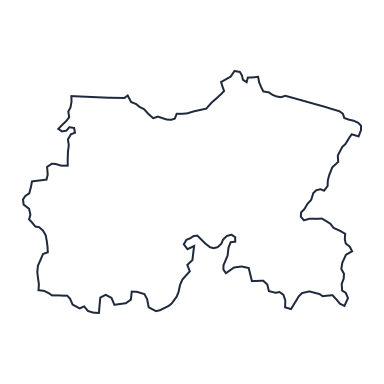 the district of Ribeira, São Paulo, Brazil
{"feature_id": "56859067B1551247382346", "entity_name": "Ribeira", "entity_type": "district", "adm_level": 2, "iso_a3": "BRA", "parent_name": "Brazil", "parent_adm1": "São Paulo", "projection": "robinson", "projection_center": [-49.03, -24.604], "detail": "fine", "context": "isolated", "style": "outline", "palette": "slate", "viewbox_px": 384, "rotation_deg": 0, "n_neighbors": 0, "source": "geoboundaries", "source_scale": "gbopen_adm2", "svg_char_len": 2749}
<svg xmlns="http://www.w3.org/2000/svg" viewBox="0 0 384 384"><path d="M258.1,76.8L252.9,77.4L247.8,77.6L246.6,82.2L242.9,79.7L241.9,75.4L239.9,72.0L234.5,71.0L230.7,76.6L221.1,82.0L222.3,86.1L224.1,91.0L221.0,94.2L217.0,97.9L211.7,102.5L206.3,108.6L194.1,111.3L187.1,113.4L182.2,113.8L176.7,113.8L174.8,118.6L171.2,119.8L166.5,119.5L158.0,116.6L153.2,118.2L148.1,113.7L144.2,109.3L139.4,106.8L136.2,104.1L131.1,102.0L127.7,95.5L124.4,98.0L107.6,97.7L71.4,96.1L71.5,102.0L70.4,107.7L68.3,111.6L69.2,117.2L66.4,120.9L62.8,124.3L58.3,128.9L62.0,131.4L66.3,130.7L69.4,127.2L74.1,128.0L75.0,132.7L70.9,134.3L67.9,139.4L68.8,145.2L68.0,151.3L67.7,158.4L67.7,165.7L61.4,165.7L56.1,164.1L51.9,163.7L47.1,166.9L47.7,174.7L46.5,179.6L32.0,181.4L30.9,187.1L29.3,193.3L25.4,195.9L23.0,199.4L23.6,204.6L29.1,208.8L30.4,214.7L29.1,219.4L31.8,222.2L35.3,226.5L39.1,227.2L43.0,230.6L45.7,235.3L46.7,240.6L47.5,246.6L47.8,252.3L43.0,254.0L40.6,259.7L37.9,265.8L37.3,272.2L38.1,278.9L38.9,284.3L38.5,290.2L44.2,290.9L48.8,293.2L52.0,295.4L59.1,295.4L63.4,295.7L67.2,295.7L70.0,298.6L72.6,304.6L79.7,308.4L84.1,306.4L88.0,311.0L93.1,312.6L98.9,313.0L99.7,303.9L100.3,297.6L105.7,294.8L111.5,297.9L114.4,304.8L125.9,303.2L130.9,299.6L131.7,291.6L136.8,291.8L144.4,294.1L147.1,299.1L148.7,307.3L155.9,311.1L159.8,310.3L168.7,305.9L171.6,303.6L176.7,296.6L178.6,291.8L180.0,285.0L182.4,279.5L189.8,271.3L187.3,264.9L192.4,260.1L194.1,246.0L187.5,249.2L183.8,244.3L186.4,239.8L190.2,238.3L193.5,236.1L197.3,235.6L205.4,243.6L210.0,247.2L213.5,248.2L217.6,247.2L221.3,243.8L223.0,239.7L226.8,236.0L231.5,234.7L235.2,237.2L235.2,241.7L230.7,242.2L228.5,247.6L227.6,255.6L223.5,265.2L223.4,269.5L225.9,273.2L234.0,267.5L241.5,266.5L248.7,268.0L251.9,281.1L263.2,280.7L267.3,284.5L268.9,291.1L275.7,292.8L279.5,292.0L283.4,294.8L285.3,300.4L285.1,307.3L291.0,309.1L298.8,296.3L302.0,293.1L309.4,291.4L319.6,294.1L322.7,296.2L327.0,295.7L332.5,295.2L337.0,300.1L339.9,303.7L344.4,305.9L348.0,298.2L345.7,292.8L342.1,290.5L341.7,283.9L343.7,278.6L344.0,273.8L341.3,269.0L342.3,262.7L346.0,254.7L352.1,251.3L349.7,246.6L345.8,243.6L344.8,239.3L345.2,233.8L339.2,230.4L333.6,227.9L330.4,223.8L326.4,221.2L322.0,218.6L317.5,218.8L309.8,218.7L303.9,220.3L300.8,216.7L301.1,212.4L304.3,209.2L307.6,203.7L311.2,199.8L313.3,193.1L316.2,190.3L320.4,189.2L324.1,190.7L327.6,186.0L327.8,180.5L329.2,175.1L332.3,167.3L338.2,161.9L337.8,155.5L340.4,150.5L342.3,146.9L345.4,144.1L349.1,138.0L351.7,134.3L358.6,136.4L361.0,130.1L361.0,125.7L358.1,122.7L353.5,120.7L348.6,119.6L344.3,118.0L342.9,113.8L339.6,111.3L329.5,108.3L325.5,107.0L285.4,95.8L280.9,97.2L276.3,96.4L272.6,94.9L268.7,92.3L263.4,91.5L261.3,87.5L259.1,82.2L258.1,76.8Z" fill="none" stroke="#1e293b" stroke-width="2"/></svg>